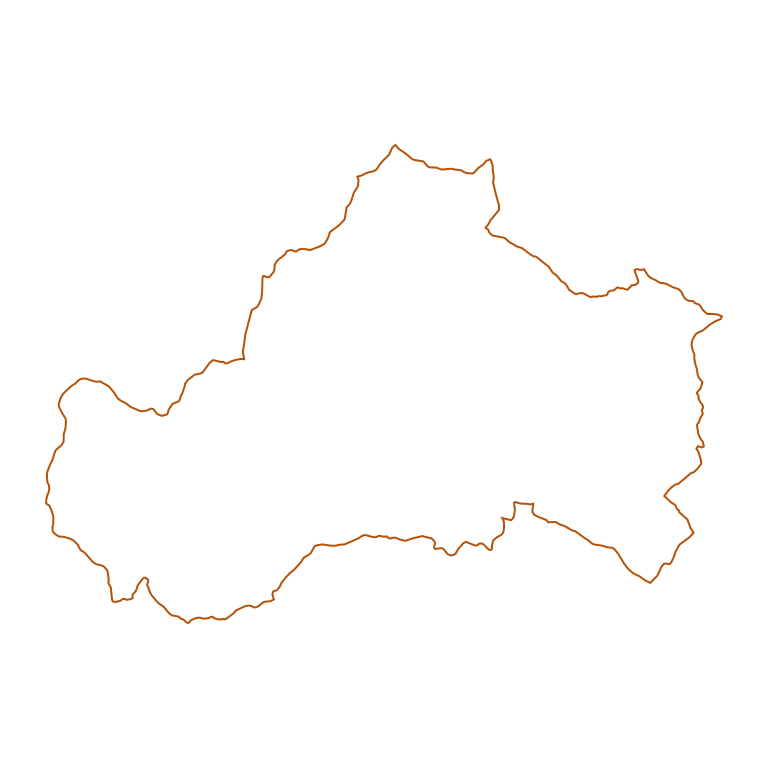 Cusco, Cusco, Peru
{"feature_id": "86281439B18210308777345", "entity_name": "Cusco", "entity_type": "district", "adm_level": 2, "iso_a3": "PER", "parent_name": "Peru", "parent_adm1": "Cusco", "projection": "natural_earth1", "projection_center": [-71.976, -13.539], "detail": "fine", "context": "isolated", "style": "outline", "palette": "amber", "viewbox_px": 768, "rotation_deg": 0, "n_neighbors": 0, "source": "geoboundaries", "source_scale": "gbopen_adm2", "svg_char_len": 6076}
<svg xmlns="http://www.w3.org/2000/svg" viewBox="0 0 768 768"><path d="M112.7,601.5L115.6,602.0L120.3,600.8L122.6,599.1L123.6,598.8L127.1,599.8L131.2,599.0L132.6,598.2L132.9,597.4L132.5,596.5L132.5,595.0L136.1,590.6L137.7,585.4L142.2,579.4L143.7,577.9L145.3,577.7L148.0,579.7L148.3,581.3L147.1,584.7L147.4,586.0L148.4,587.4L149.6,591.6L151.6,595.2L156.7,601.3L158.8,603.4L163.6,606.7L169.3,613.5L171.7,615.3L178.6,616.6L180.9,618.8L183.2,619.4L186.6,622.5L188.1,623.0L189.1,622.5L190.1,621.0L191.8,619.8L196.3,618.0L198.0,617.8L199.5,617.7L204.2,618.8L206.3,618.1L207.7,618.5L210.9,616.9L212.3,616.8L215.0,618.5L217.0,619.2L219.8,619.5L223.4,619.0L225.6,619.2L234.1,613.0L235.7,610.6L244.6,606.4L248.6,605.6L251.6,606.1L254.0,607.5L256.4,607.0L258.3,606.3L261.8,603.3L264.3,601.8L270.4,601.2L273.9,599.4L272.4,594.6L272.9,592.0L273.8,591.1L276.5,590.4L277.3,589.6L279.3,587.4L281.5,582.9L285.7,577.5L290.1,572.9L294.5,569.4L301.6,561.4L302.5,559.4L304.3,557.3L308.5,555.0L310.8,553.0L314.6,546.3L317.4,545.2L322.3,544.4L330.8,545.7L335.8,545.7L338.5,544.9L344.8,544.3L359.1,538.0L361.6,536.1L364.1,535.2L366.2,535.2L372.9,537.1L376.2,537.1L379.1,535.7L383.7,536.7L386.6,536.4L387.7,537.5L390.1,538.6L393.2,537.7L395.5,537.7L399.9,539.5L405.4,540.8L414.0,538.0L422.2,536.1L431.5,538.4L433.3,540.0L434.8,542.2L435.1,543.9L434.0,546.4L434.3,548.0L435.2,549.0L441.4,548.1L443.2,548.7L447.4,553.9L450.6,555.5L454.0,554.8L455.5,553.8L457.9,549.5L463.0,543.5L465.2,542.1L466.2,542.0L474.3,545.2L476.6,545.6L479.4,543.7L481.2,543.4L483.8,544.5L488.6,549.5L490.2,550.0L491.7,549.5L492.3,543.8L493.3,540.3L497.3,537.0L501.1,535.0L502.8,533.2L503.7,530.6L504.1,526.7L503.8,521.4L502.2,518.0L511.0,520.2L512.8,518.5L513.7,516.8L514.2,515.2L514.9,509.6L514.0,502.9L514.5,502.2L515.4,502.1L520.9,503.6L528.1,503.9L530.0,504.4L533.3,503.7L532.4,510.6L532.6,512.2L534.3,514.7L538.2,516.8L546.5,520.1L548.2,522.3L554.0,522.0L556.4,522.3L559.0,524.1L564.7,526.1L572.0,530.3L575.6,531.4L585.1,538.4L587.8,540.0L592.4,543.8L595.2,544.7L600.9,545.4L607.9,547.4L612.1,547.7L614.8,549.5L618.8,554.7L623.2,562.2L627.8,568.5L633.2,573.3L639.6,576.4L645.0,580.3L650.2,582.9L657.5,575.5L661.5,566.7L663.7,564.0L665.4,563.5L669.3,564.2L671.0,562.9L673.3,558.2L675.7,551.4L679.4,544.7L689.4,537.3L693.6,532.8L690.6,528.1L687.4,519.5L679.6,512.6L678.9,510.5L677.0,509.1L675.0,504.8L671.4,502.6L664.3,496.0L668.5,490.4L671.5,487.3L675.1,484.7L678.6,483.6L691.4,472.8L693.5,472.5L697.6,468.6L700.9,464.3L701.3,462.4L700.6,459.0L698.4,451.8L696.4,448.5L698.1,446.2L701.5,447.5L703.8,446.5L703.0,442.2L700.1,438.1L698.3,433.6L697.0,425.7L697.5,424.0L699.1,421.7L700.5,417.7L702.7,414.1L701.9,410.1L703.1,407.4L702.5,405.1L699.6,400.8L698.5,398.2L698.5,396.0L697.1,393.5L697.0,392.5L700.7,388.2L702.4,382.1L698.7,377.5L697.6,374.6L696.9,369.0L695.5,364.8L694.3,358.9L694.4,354.9L692.8,350.5L691.6,345.7L691.6,343.2L692.8,339.1L695.6,334.3L698.4,332.3L701.6,331.1L703.9,329.6L709.5,324.9L714.7,321.6L720.8,318.9L721.9,316.4L718.2,314.7L716.4,314.4L713.5,314.0L707.4,314.0L703.2,310.4L699.3,304.7L695.1,303.2L693.1,301.1L688.7,300.8L685.8,299.2L684.1,297.4L681.3,291.7L678.6,289.1L673.0,287.3L667.0,284.1L663.3,283.0L661.0,283.2L659.7,282.7L656.2,280.5L650.8,277.9L647.9,275.4L644.0,269.2L641.4,270.0L636.8,269.1L634.8,269.8L634.6,270.7L638.3,280.9L638.1,282.9L635.3,284.8L631.4,285.4L630.3,287.2L629.1,287.9L627.8,289.6L626.0,289.4L622.6,288.2L620.7,288.4L617.3,287.4L613.7,290.4L610.0,290.8L609.2,291.4L608.1,292.4L607.2,294.6L606.4,295.2L601.0,296.2L598.8,296.1L596.5,296.8L593.6,296.5L590.2,297.0L582.8,293.1L578.7,293.3L576.2,294.3L574.7,293.6L569.0,289.7L565.8,284.0L561.1,281.0L556.7,275.5L552.7,272.7L549.1,267.1L537.4,257.7L535.7,256.5L533.5,256.3L530.8,254.8L522.0,248.1L517.0,246.5L509.6,242.3L505.8,238.9L503.9,237.7L492.5,235.5L489.7,233.2L488.0,229.5L485.6,227.9L488.4,224.2L490.4,220.3L499.0,210.0L499.0,205.3L496.4,196.2L493.0,182.3L493.8,178.0L492.6,168.3L492.7,166.1L491.3,161.3L490.2,159.3L486.2,160.9L483.3,164.4L478.8,167.6L473.4,173.2L472.3,173.5L467.2,173.2L464.0,172.1L461.2,170.3L453.6,169.3L452.0,168.7L441.5,169.5L436.1,167.6L429.3,167.3L427.5,166.2L423.3,161.4L414.0,159.9L411.5,158.6L406.9,154.5L398.7,148.8L395.3,145.0L392.3,147.6L388.9,154.9L383.6,160.0L379.8,164.4L376.7,169.3L373.6,171.2L369.1,172.2L364.9,173.7L361.9,175.4L357.4,176.7L358.5,179.7L358.1,185.3L357.1,187.7L354.0,192.3L351.3,200.7L349.6,204.2L346.6,207.4L345.0,217.4L344.3,219.8L339.0,225.4L330.4,231.7L329.5,233.0L329.0,235.3L327.5,238.9L324.7,243.7L319.8,246.4L309.8,250.2L306.9,249.3L301.2,249.0L299.2,249.4L296.4,251.3L294.8,251.4L291.2,249.9L286.8,251.2L284.7,254.7L278.4,259.6L276.4,261.7L274.8,264.6L274.3,270.1L273.6,272.0L269.8,276.5L268.6,277.3L266.3,277.1L264.5,276.0L263.5,275.9L262.9,276.3L262.4,278.9L262.2,290.6L261.4,298.4L259.0,304.0L257.0,307.0L251.8,310.0L245.2,334.9L244.4,342.6L242.8,351.7L244.2,359.2L240.9,359.0L236.0,359.8L231.6,361.2L226.9,363.4L225.0,363.1L223.6,362.0L219.9,361.9L218.1,361.2L213.0,360.1L209.6,362.8L202.7,372.3L200.6,373.5L194.4,374.8L187.9,380.0L185.0,383.8L184.8,385.8L182.2,393.7L181.0,395.4L179.8,399.6L178.7,401.3L172.5,403.9L168.7,409.6L167.8,413.1L166.8,414.5L161.9,415.9L157.4,414.1L153.4,409.2L151.9,408.7L150.7,408.7L146.9,410.5L141.4,411.3L138.5,410.4L130.4,406.8L125.9,403.2L120.9,400.8L117.8,398.4L114.3,392.9L108.9,386.4L100.0,381.3L96.7,381.8L94.4,381.4L85.5,378.5L81.0,378.9L78.8,380.2L74.9,383.8L71.1,386.2L63.3,393.6L60.6,397.9L58.7,404.3L58.9,406.3L60.8,410.6L65.7,418.9L66.0,421.8L65.4,428.7L63.8,434.0L63.6,441.6L61.5,445.3L56.0,449.8L55.0,451.6L52.5,459.7L50.1,464.6L47.3,471.7L46.9,475.3L47.3,482.1L48.8,484.8L49.3,488.9L48.4,493.1L47.3,495.1L46.2,500.2L46.1,502.8L46.6,503.9L49.4,505.6L51.7,511.0L53.3,516.4L53.3,523.9L52.5,526.6L52.5,529.6L53.0,531.6L54.0,533.1L58.7,536.5L63.3,536.8L66.7,537.6L69.8,538.6L73.3,540.4L77.9,544.8L79.8,548.8L81.4,550.7L84.6,552.6L92.7,561.9L96.1,564.1L102.0,565.6L103.9,566.6L106.7,569.5L107.9,572.5L108.7,579.7L108.4,583.1L110.8,587.5L112.0,599.2L112.7,601.5Z" fill="none" stroke="#b45309" stroke-width="2"/></svg>